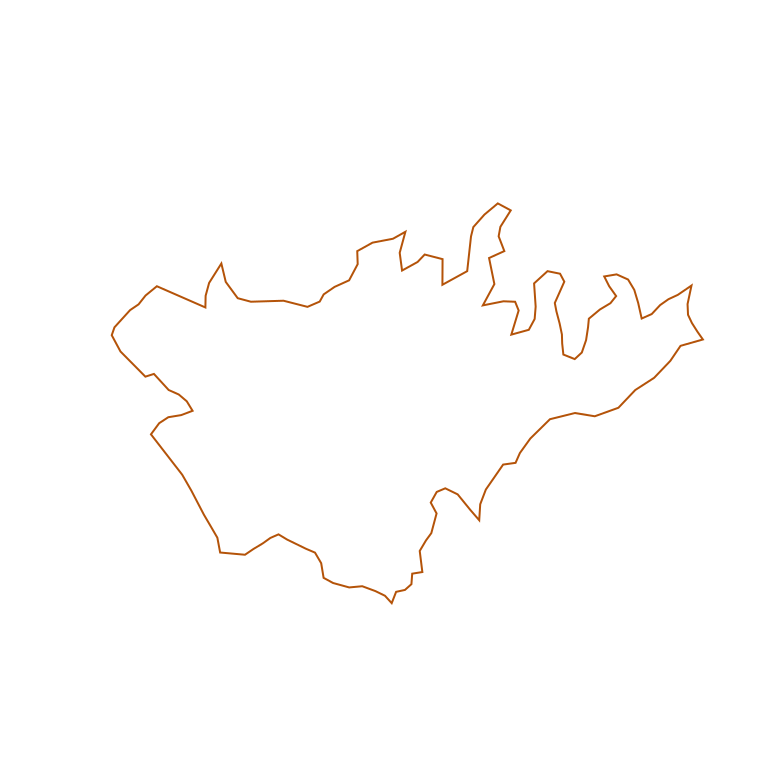 Braga, Rio Grande do Sul, Brazil (Albers equal-area conic projection), rotated 116°
{"feature_id": "56859067B42324023180319", "entity_name": "Braga", "entity_type": "district", "adm_level": 2, "iso_a3": "BRA", "parent_name": "Brazil", "parent_adm1": "Rio Grande do Sul", "projection": "albers", "projection_center": [-53.757, -27.581], "detail": "fine", "context": "isolated", "style": "outline", "palette": "amber", "viewbox_px": 768, "rotation_deg": 116, "n_neighbors": 0, "source": "geoboundaries", "source_scale": "gbopen_adm2", "svg_char_len": 1978}
<svg xmlns="http://www.w3.org/2000/svg" viewBox="0 0 768 768"><g transform="rotate(116 384 384)"><path d="M203.8,372.5L213.2,370.5L246.1,358.7L269.2,375.0L246.1,386.1L249.8,404.2L259.6,407.3L274.1,417.5L259.2,427.4L237.8,431.5L249.5,439.6L262.0,456.3L276.3,466.3L287.8,460.2L306.1,460.8L318.4,471.0L329.9,477.5L338.1,477.9L348.2,486.6L353.2,510.8L368.4,539.7L371.0,553.1L361.6,571.0L347.0,583.0L369.8,585.5L382.9,583.0L393.5,578.1L395.7,631.0L409.0,637.1L420.0,639.5L428.9,644.6L440.9,648.1L451.2,651.1L459.5,650.1L470.3,635.1L482.0,601.7L475.8,595.2L483.8,574.9L483.4,563.9L486.0,553.7L492.0,544.3L500.9,552.7L508.4,563.3L517.8,568.9L531.4,571.4L554.0,525.6L564.3,510.4L580.4,488.6L587.7,477.6L595.2,466.4L607.3,457.4L598.4,434.1L589.5,429.0L580.4,423.1L572.1,418.6L565.4,412.9L566.3,402.8L566.3,393.6L566.3,382.0L565.8,372.1L572.6,361.9L584.7,353.3L585.2,342.6L582.1,326.1L575.3,314.9L573.9,300.9L573.9,290.3L577.6,281.0L565.5,282.0L559.9,274.9L551.9,271.6L542.1,275.5L536.2,267.1L518.4,278.7L506.2,277.7L497.3,276.1L477.3,280.0L470.1,290.0L457.9,289.3L450.9,283.2L450.9,269.4L459.3,251.3L464.7,238.7L449.9,244.8L434.2,246.2L404.2,241.6L397.2,231.2L386.4,231.6L368.9,228.6L342.9,219.4L335.8,210.9L326.4,199.7L320.6,180.4L302.6,162.9L279.2,155.5L260.0,143.9L237.7,136.8L219.7,134.2L204.2,116.9L199.6,125.2L194.2,134.0L188.5,141.1L179.1,146.2L160.7,150.8L175.1,159.0L183.1,165.5L192.0,170.4L203.7,174.0L212.2,181.1L199.7,191.1L189.7,200.3L183.1,210.4L183.5,223.0L190.8,233.2L197.4,224.5L203.2,213.9L212.1,215.9L222.4,222.6L235.5,228.5L243.5,225.5L256.0,221.6L269.0,220.0L278.0,223.5L278.9,235.7L269.5,241.6L261.5,245.8L252.6,252.7L243.1,260.9L236.3,266.0L224.3,266.4L213.0,266.8L207.7,274.1L210.9,286.5L227.8,293.2L248.0,281.6L259.5,277.1L271.8,277.6L283.8,291.2L258.9,295.2L252.6,302.2L257.3,312.9L270.0,329.6L245.8,328.6L224.7,344.8L211.8,334.1L201.0,345.7L191.7,348.3L172.4,346.2L171.8,360.9L187.7,368.0L203.8,372.5Z" fill="none" stroke="#b45309" stroke-width="2"/></g></svg>